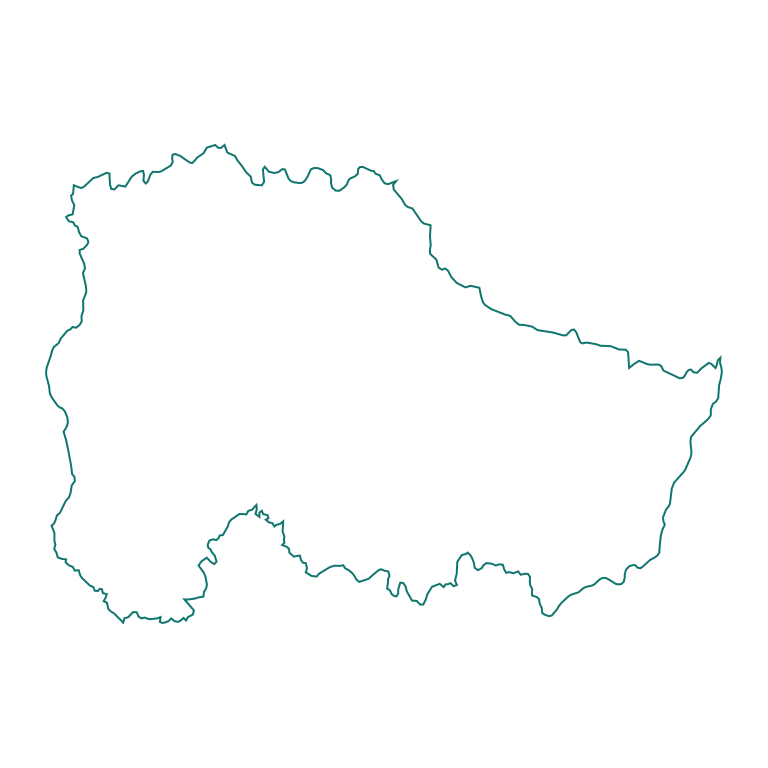 the district of Pontal do Araguaia, Mato Grosso, Brazil
{"feature_id": "56859067B86336317934865", "entity_name": "Pontal do Araguaia", "entity_type": "district", "adm_level": 2, "iso_a3": "BRA", "parent_name": "Brazil", "parent_adm1": "Mato Grosso", "projection": "equal_earth", "projection_center": [-52.708, -15.917], "detail": "fine", "context": "isolated", "style": "outline", "palette": "teal", "viewbox_px": 768, "rotation_deg": 0, "n_neighbors": 0, "source": "geoboundaries", "source_scale": "gbopen_adm2", "svg_char_len": 6033}
<svg xmlns="http://www.w3.org/2000/svg" viewBox="0 0 768 768"><path d="M313.5,168.1L310.8,169.5L307.5,176.8L304.6,181.1L301.9,182.9L299.0,183.0L294.1,182.3L291.2,181.3L288.7,178.9L284.9,169.5L282.4,169.1L278.3,172.2L274.3,173.0L268.9,171.8L264.8,166.8L262.9,169.5L264.1,181.8L261.8,185.4L254.8,184.7L252.0,182.7L250.7,176.6L246.1,172.2L242.3,166.5L237.1,159.9L235.1,156.1L227.3,152.5L224.5,145.0L221.0,147.9L218.1,147.8L215.2,145.0L206.9,147.6L203.5,153.3L197.1,157.6L194.9,160.5L192.2,163.0L189.8,162.6L180.1,155.9L175.3,154.0L172.6,154.7L172.1,157.8L172.7,162.1L170.8,165.6L161.1,171.4L158.6,172.0L152.8,171.8L150.5,174.5L147.7,181.7L145.7,183.5L143.4,180.7L144.0,175.2L143.1,171.0L140.4,171.3L135.7,173.5L131.6,176.8L125.4,186.6L118.5,185.3L114.4,189.4L111.3,188.9L110.0,184.8L109.4,173.5L106.6,172.8L97.9,176.9L93.3,178.0L84.2,186.5L81.1,188.1L73.8,185.3L73.1,193.8L71.1,195.7L71.9,200.2L74.3,205.1L72.6,214.4L68.4,215.4L66.1,217.0L68.7,221.2L73.1,222.2L74.9,225.5L77.7,226.9L79.1,232.3L81.3,236.2L86.9,238.3L88.4,241.7L87.3,244.6L83.3,248.8L79.6,250.0L79.8,253.8L84.2,263.8L85.0,268.5L82.9,273.0L85.9,286.1L86.3,290.4L85.9,293.5L83.1,300.3L83.3,310.4L81.5,316.1L81.7,321.5L79.7,324.8L76.3,327.7L72.5,327.0L70.2,329.5L67.5,330.6L60.8,338.4L58.7,343.1L53.6,347.2L51.7,352.0L50.9,355.5L46.6,367.9L46.1,372.1L46.3,375.7L49.0,385.9L49.9,393.5L51.7,397.4L57.4,405.4L59.7,407.4L62.1,408.3L64.7,411.1L67.2,417.0L67.9,421.8L67.2,425.4L65.6,428.7L63.6,431.7L66.1,440.1L68.3,450.5L71.1,465.6L72.1,474.0L74.5,477.0L74.8,481.2L71.8,485.3L70.5,493.1L69.0,497.4L65.7,501.0L60.1,512.6L56.9,515.5L55.4,520.5L53.8,523.9L51.5,525.5L54.4,532.8L54.4,540.9L55.4,544.5L54.2,548.8L56.4,552.6L57.8,557.4L61.9,558.9L66.1,559.4L65.6,562.4L69.1,565.5L72.8,566.9L74.8,570.6L78.7,570.2L80.2,575.4L82.1,578.1L90.2,585.8L93.3,587.0L94.7,590.7L97.9,591.0L99.7,588.8L102.0,589.3L102.8,593.0L106.8,594.2L105.5,597.9L103.7,601.2L107.0,602.8L108.3,609.0L110.6,611.3L114.0,613.3L123.2,622.6L124.5,618.2L128.2,617.2L133.1,612.1L136.7,612.3L138.7,616.8L141.6,618.4L144.5,617.6L149.4,619.2L157.2,618.4L160.5,617.1L159.9,621.9L162.4,623.0L165.8,622.3L168.9,620.8L171.2,618.4L174.5,621.1L177.2,621.8L179.6,621.3L183.6,618.0L186.0,620.5L187.9,617.2L192.9,614.5L193.9,610.4L184.4,599.4L187.5,599.6L195.2,598.5L198.8,597.3L203.4,596.6L204.0,592.0L206.2,588.2L206.9,584.5L205.6,577.2L204.2,573.3L198.6,565.5L201.4,561.4L206.7,557.7L210.8,561.9L214.2,564.1L216.6,561.6L214.6,555.5L211.9,552.3L210.6,549.5L208.3,547.8L207.7,544.6L209.5,540.5L213.1,539.3L216.3,540.1L218.4,538.3L219.7,535.5L222.9,535.0L227.8,526.5L229.0,522.4L231.1,519.7L239.5,514.0L246.4,514.3L248.3,510.9L252.1,509.7L256.4,505.0L256.8,509.0L255.5,514.0L259.4,516.9L259.4,512.6L261.8,510.8L263.2,514.2L267.4,515.0L268.5,518.1L265.8,519.7L269.0,522.4L272.3,523.1L274.4,526.5L276.4,524.8L280.0,524.0L283.2,521.4L282.6,531.6L284.4,536.4L283.9,539.5L284.4,542.9L282.2,545.0L286.9,546.9L289.1,549.1L289.3,552.6L293.8,556.6L299.8,555.5L301.1,560.2L303.0,562.8L305.7,563.1L307.0,568.3L305.7,572.3L311.5,575.9L316.6,576.6L319.1,573.7L329.9,567.1L334.4,565.7L339.7,565.9L343.3,565.3L345.2,568.3L348.8,570.2L352.2,573.1L354.4,575.9L356.5,579.7L359.3,581.9L368.6,578.8L374.0,573.9L379.1,569.9L381.4,569.3L384.5,570.7L388.3,571.4L389.5,575.9L388.1,579.0L388.0,582.6L387.1,588.5L389.9,590.2L391.6,594.0L394.0,595.9L396.4,596.4L398.2,593.6L398.2,589.4L400.3,582.6L403.2,583.0L405.6,586.6L406.8,591.3L412.0,600.6L416.7,600.9L420.1,604.5L423.3,604.5L425.7,599.6L427.4,594.2L432.0,586.8L439.8,583.8L443.7,587.1L445.5,584.4L447.9,584.2L450.6,583.2L453.5,586.2L456.9,584.9L455.0,580.6L456.7,573.8L457.3,561.9L461.8,555.0L465.6,554.2L467.6,552.6L470.4,555.2L472.0,557.9L473.8,562.6L474.7,567.8L478.0,570.2L481.8,568.0L483.6,565.1L486.4,563.1L491.7,563.7L495.8,565.5L499.3,564.3L502.8,564.7L504.2,569.3L506.1,572.8L509.3,572.1L513.3,573.3L518.2,571.4L520.7,574.7L525.4,573.7L528.0,574.0L530.0,576.9L529.8,581.1L530.2,585.0L532.1,589.0L532.0,595.4L537.2,597.3L539.0,599.2L539.9,604.2L541.7,607.7L542.3,613.2L545.3,614.9L548.8,616.1L551.7,615.6L556.6,609.9L559.3,605.5L561.8,602.5L568.8,596.1L571.1,594.7L578.5,592.3L583.3,588.2L586.0,586.9L591.6,585.7L594.1,584.6L599.7,579.4L602.3,578.0L604.7,577.8L607.3,578.6L616.0,584.0L618.6,584.4L621.4,584.0L623.8,581.8L624.7,577.4L624.8,574.1L625.9,570.0L628.8,566.5L632.7,565.1L635.2,565.2L637.5,567.6L640.3,568.3L643.2,566.3L650.1,559.9L654.4,557.7L657.5,555.4L659.3,552.6L659.7,545.6L660.9,535.3L662.6,529.2L664.8,524.8L663.4,521.2L663.0,517.4L666.0,509.6L668.2,507.0L669.9,504.1L671.8,488.5L674.1,482.6L683.3,472.4L685.3,469.6L690.4,457.9L691.3,454.6L691.4,451.3L690.4,441.9L691.0,437.0L700.1,426.1L707.9,419.3L710.8,415.4L710.8,409.5L712.8,404.0L716.1,401.5L718.2,398.0L719.1,385.2L720.7,379.2L721.9,371.9L721.3,367.3L720.0,362.7L720.4,357.7L717.8,360.3L716.8,364.9L715.5,368.0L711.5,364.0L708.8,362.9L701.5,368.3L697.2,372.7L693.6,372.3L691.1,369.6L688.7,370.0L686.8,371.9L684.9,375.6L683.0,377.8L679.8,378.3L663.5,370.6L660.8,365.5L657.9,364.5L650.2,364.7L646.8,364.0L639.1,360.8L634.2,363.9L629.1,368.0L628.1,352.4L625.9,349.7L619.1,349.5L610.9,346.2L600.2,345.7L596.5,344.3L588.8,342.9L586.0,342.6L582.5,343.4L580.3,342.4L576.2,332.2L574.0,329.5L571.4,330.0L566.2,335.3L562.7,335.3L553.4,332.6L537.4,330.1L532.3,326.7L524.3,325.0L519.2,324.8L515.5,321.9L510.1,315.8L504.7,314.4L491.4,309.2L484.9,304.9L482.8,302.0L481.0,296.0L479.4,287.8L470.6,285.8L465.5,287.4L456.7,282.9L451.4,277.1L447.9,270.5L445.1,268.5L441.9,269.7L438.6,267.6L436.4,259.7L430.1,253.8L429.9,250.2L430.7,245.2L430.0,236.7L430.6,225.3L423.6,223.4L421.0,221.0L412.5,208.6L407.4,206.8L405.0,204.7L401.9,199.2L393.7,189.4L393.1,184.9L396.1,181.1L388.1,184.2L384.6,183.3L381.9,179.7L379.7,175.3L375.5,173.7L373.8,171.1L370.8,170.6L363.0,167.0L359.9,167.0L358.1,169.2L357.8,173.9L354.6,176.6L350.6,178.2L348.5,180.2L347.0,184.2L344.6,187.1L339.3,190.8L335.7,190.6L332.2,187.7L331.0,183.1L331.2,179.2L330.2,175.1L326.1,173.3L323.0,170.0L317.4,168.0L313.5,168.1Z" fill="none" stroke="#0f766e" stroke-width="2"/></svg>